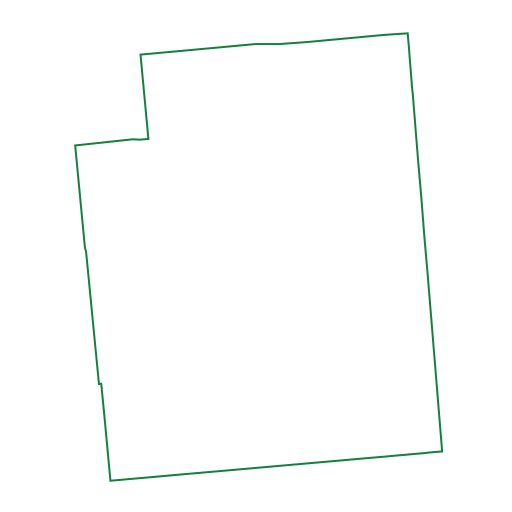 the district of Catron, New Mexico, United States of America, rotated 175°
{"feature_id": "52423323B25114965344080", "entity_name": "Catron", "entity_type": "district", "adm_level": 2, "iso_a3": "USA", "parent_name": "United States of America", "parent_adm1": "New Mexico", "projection": "orthographic", "projection_center": [-108.593, 33.89], "detail": "fine", "context": "isolated", "style": "outline", "palette": "green", "viewbox_px": 512, "rotation_deg": 175, "n_neighbors": 0, "source": "geoboundaries", "source_scale": "gbopen_adm2", "svg_char_len": 541}
<svg xmlns="http://www.w3.org/2000/svg" viewBox="0 0 512 512"><g transform="rotate(175 256 256)"><path d="M86.3,290.3L86.2,302.0L86.2,337.2L85.7,403.1L85.9,413.7L85.8,414.4L85.7,415.5L85.8,416.6L85.5,452.0L85.5,464.6L108.7,465.1L188.1,464.7L214.6,465.1L238.4,467.2L353.5,466.7L353.0,382.0L361.4,382.0L368.8,383.0L426.5,381.9L425.7,279.4L424.9,275.1L423.6,142.2L421.3,142.2L421.0,111.4L420.6,44.8L348.6,44.9L103.4,45.0L102.6,45.1L87.6,45.1L87.5,62.5L86.6,222.4L86.6,260.7L86.3,290.3Z" fill="none" stroke="#15803d" stroke-width="2"/></g></svg>